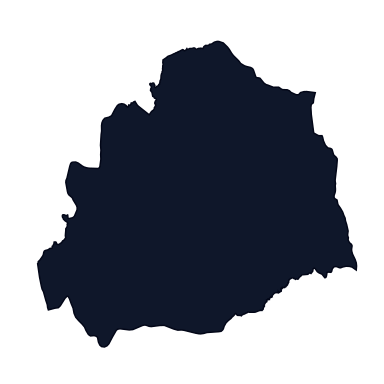 Mae Chai, Phayao, Thailand (Equal Earth projection), rotated 176°
{"feature_id": "78962969B98243253898824", "entity_name": "Mae Chai", "entity_type": "district", "adm_level": 2, "iso_a3": "THA", "parent_name": "Thailand", "parent_adm1": "Phayao", "projection": "equal_earth", "projection_center": [99.773, 19.373], "detail": "fine", "context": "isolated", "style": "filled", "palette": "ink", "viewbox_px": 384, "rotation_deg": 176, "n_neighbors": 0, "source": "geoboundaries", "source_scale": "gbopen_adm2", "svg_char_len": 5872}
<svg xmlns="http://www.w3.org/2000/svg" viewBox="0 0 384 384"><g transform="rotate(176 192 192)"><path d="M343.5,84.4L336.7,85.7L333.4,85.9L331.3,87.7L326.1,94.8L324.1,96.6L323.6,96.8L322.9,96.6L321.7,94.1L320.3,89.1L318.7,84.4L318.1,79.2L316.7,75.2L314.1,71.7L310.8,67.9L308.6,64.8L307.4,61.3L305.4,57.3L304.3,56.2L303.2,55.5L300.3,55.6L298.6,55.3L297.0,54.4L296.3,53.1L295.8,48.8L294.6,45.7L293.0,44.1L290.1,43.5L287.5,44.5L285.5,46.4L281.5,52.9L277.2,59.3L275.8,60.3L273.4,60.6L264.2,58.8L260.6,58.9L250.7,62.3L248.9,62.6L247.3,62.4L244.1,61.0L242.1,60.6L233.3,61.1L228.9,60.9L219.8,56.6L215.9,55.2L211.9,55.1L209.6,54.6L198.1,50.9L195.0,50.1L193.3,49.9L190.2,50.1L186.9,50.8L175.1,50.8L172.7,51.0L171.2,52.1L170.3,53.3L169.3,55.9L167.2,59.1L164.8,61.2L161.9,63.2L160.8,64.4L159.2,65.6L157.0,67.8L156.6,67.6L155.4,65.8L154.3,65.8L153.7,65.5L152.7,65.7L151.4,65.0L150.3,66.1L149.4,66.3L148.9,66.7L148.0,66.6L146.9,67.4L145.8,67.5L144.6,68.4L143.0,68.0L138.5,67.7L137.0,67.8L133.2,69.0L132.2,69.0L131.9,69.3L130.5,68.9L129.2,70.1L128.9,71.5L127.8,73.0L128.5,73.5L127.6,74.3L127.5,75.1L126.1,76.8L125.0,77.4L125.1,79.2L124.6,79.1L123.9,79.8L123.6,79.2L123.0,79.5L122.5,79.4L122.6,80.0L122.1,79.9L121.6,81.1L120.9,81.7L120.8,81.3L120.2,81.4L119.9,81.9L119.3,81.9L119.4,82.6L119.2,83.1L117.1,85.2L115.4,85.8L113.3,85.5L113.0,86.8L112.4,85.6L112.0,86.1L111.6,85.9L110.6,86.6L110.0,86.7L109.7,88.0L110.0,88.7L109.7,89.2L110.1,89.4L110.0,89.6L109.3,90.1L108.8,90.7L108.5,90.6L108.3,90.0L108.0,90.5L107.0,90.2L106.5,90.6L106.1,90.3L105.5,90.9L104.9,91.0L104.6,91.7L103.8,92.1L103.8,92.7L103.2,92.8L102.8,93.8L102.5,94.0L102.7,94.9L101.8,95.3L101.8,96.9L101.4,97.1L101.3,97.8L98.4,99.3L97.0,99.2L96.5,98.6L95.9,98.7L95.0,97.6L93.6,98.1L92.5,97.6L91.9,98.0L91.0,99.4L89.3,100.5L88.2,101.7L82.2,101.8L80.9,102.8L80.0,103.1L79.0,102.4L77.1,104.5L76.6,106.8L76.0,107.3L75.3,107.5L74.4,106.8L72.6,103.8L71.0,102.5L68.0,100.9L65.5,97.2L65.1,97.2L64.4,97.5L63.7,98.9L62.9,102.4L61.3,102.6L59.2,102.2L58.7,102.4L58.2,103.1L57.4,105.6L55.5,107.5L53.8,107.6L52.7,107.4L50.3,106.2L49.0,106.0L46.9,106.7L43.4,107.2L40.1,106.8L37.5,105.9L33.6,102.7L33.0,106.7L33.1,109.9L34.0,113.3L36.2,118.9L36.8,121.9L36.8,123.8L36.1,127.0L36.2,127.7L36.7,128.8L38.3,130.3L39.3,132.3L39.6,133.4L39.2,135.5L39.7,137.4L39.7,138.8L39.0,142.2L40.0,148.8L40.9,152.5L41.1,155.3L42.2,158.2L43.1,161.5L45.0,165.4L47.1,168.9L47.4,169.8L47.9,173.9L50.1,175.5L50.7,176.9L50.4,178.9L49.4,181.2L48.9,183.0L48.7,185.0L48.7,188.4L48.2,190.3L48.4,192.3L48.4,193.8L45.8,207.6L44.9,213.7L44.9,215.1L45.9,216.8L47.5,218.4L48.2,219.4L49.2,224.2L49.7,225.1L50.8,225.8L53.4,226.5L55.7,229.4L57.3,233.9L57.9,237.7L58.4,239.1L61.2,239.3L62.2,239.6L66.2,242.2L66.5,242.9L67.6,261.0L67.5,268.1L67.0,270.7L66.7,271.2L64.8,272.5L64.0,276.7L62.1,282.5L70.6,284.2L73.4,284.3L76.8,283.6L78.7,281.8L79.2,281.6L81.4,281.8L86.2,284.4L87.8,286.2L89.8,287.3L94.4,287.8L95.5,288.3L98.2,290.5L103.5,290.8L109.0,293.4L110.5,293.9L112.6,295.6L116.2,300.7L117.2,301.1L119.6,301.6L120.3,302.3L122.2,309.4L123.0,310.9L124.8,312.1L128.6,313.3L130.8,314.2L134.5,316.8L136.2,319.5L141.2,325.2L142.8,327.6L144.9,331.7L146.5,334.1L150.4,338.5L154.7,340.3L156.4,340.5L159.3,339.9L162.2,338.2L164.3,338.1L165.2,337.1L168.3,337.3L170.0,336.2L171.1,334.3L173.3,334.9L173.9,334.5L174.4,334.8L175.4,334.8L177.8,334.0L178.1,334.1L179.2,335.4L180.2,335.6L182.0,335.2L184.3,335.3L186.1,334.5L186.8,334.8L187.1,335.4L188.1,334.1L189.4,333.4L190.0,333.5L190.7,334.4L191.5,334.7L195.3,333.0L196.0,333.0L196.4,332.2L197.0,332.4L198.1,331.9L198.7,331.9L199.5,331.3L200.3,331.2L203.1,330.0L206.4,329.1L207.5,328.4L207.5,328.2L211.7,325.8L212.1,322.9L211.8,321.4L212.4,319.9L212.5,318.4L212.8,317.0L212.7,315.3L213.4,314.2L213.5,313.1L214.2,312.0L214.7,310.3L215.1,307.1L215.6,305.9L216.1,305.1L216.4,303.3L216.8,302.7L216.9,301.7L217.7,301.4L218.3,300.3L219.8,299.8L220.6,298.8L221.5,298.7L221.8,299.0L221.9,299.5L221.6,300.9L222.6,303.3L223.8,303.4L224.9,302.8L226.0,303.3L226.6,302.7L226.5,301.9L225.2,300.2L225.4,298.5L226.0,297.8L226.3,296.1L225.0,294.2L224.5,290.2L223.3,289.4L222.9,288.3L221.7,287.9L221.0,286.4L221.1,286.1L222.1,285.4L222.8,283.9L222.9,282.6L222.2,282.3L222.3,280.4L222.8,280.1L223.4,278.8L223.7,278.7L223.9,277.4L225.0,276.1L225.4,276.1L226.8,275.1L229.3,272.0L239.6,281.4L240.6,282.6L242.6,286.4L243.4,286.0L244.1,285.9L244.9,284.9L246.4,285.1L247.2,283.1L247.5,282.8L248.2,282.7L248.7,283.3L249.0,283.3L249.5,282.4L249.7,281.4L250.1,281.0L251.7,282.2L251.9,282.5L251.7,282.9L253.7,284.4L256.0,285.0L258.7,284.6L260.4,283.5L263.1,279.9L266.9,273.7L269.7,272.4L273.8,271.7L275.3,270.3L276.1,269.2L277.0,267.3L277.6,264.6L277.9,259.1L278.6,255.8L280.0,245.0L279.9,240.0L280.5,235.7L280.6,231.1L282.1,223.8L282.9,222.5L284.1,222.0L293.0,222.9L295.5,223.5L298.0,224.5L299.8,225.7L303.5,228.8L305.9,230.0L308.8,230.1L310.1,229.8L311.0,228.9L312.1,226.3L315.8,214.4L316.9,212.3L317.2,210.3L316.2,201.1L315.8,199.2L315.0,197.7L311.9,194.7L311.0,192.2L308.3,187.0L307.7,185.1L307.7,184.0L307.9,182.2L310.9,176.2L311.8,175.3L313.1,174.6L316.3,174.1L317.1,174.3L317.5,174.7L317.6,177.7L317.8,177.8L319.0,177.1L320.9,178.1L322.0,178.3L322.7,178.1L323.0,177.4L323.0,176.3L322.8,175.5L322.3,175.0L322.2,174.0L320.6,172.1L318.9,170.8L318.3,170.2L318.0,169.3L318.1,169.0L318.8,168.7L318.7,167.3L318.9,166.3L320.5,164.0L320.5,163.1L321.4,157.3L321.2,155.1L323.0,153.1L323.7,152.4L324.4,152.3L325.8,150.4L326.7,150.1L328.4,148.8L331.1,149.7L330.8,150.6L331.1,151.4L331.8,151.7L333.0,151.7L333.4,149.8L334.2,148.6L334.3,148.0L335.2,147.6L335.3,146.4L335.8,145.6L337.5,145.7L339.7,144.4L342.4,143.9L343.4,143.4L344.1,142.2L344.6,140.1L345.3,138.7L348.5,134.7L350.2,133.3L350.5,131.7L351.0,131.3L350.0,117.5L348.8,108.4L348.3,105.6L347.1,102.8L345.3,93.9L344.5,90.9L344.2,89.4L344.1,86.9L343.5,84.4Z" fill="#0f172a" stroke="#020617" stroke-width="1.5"/></g></svg>